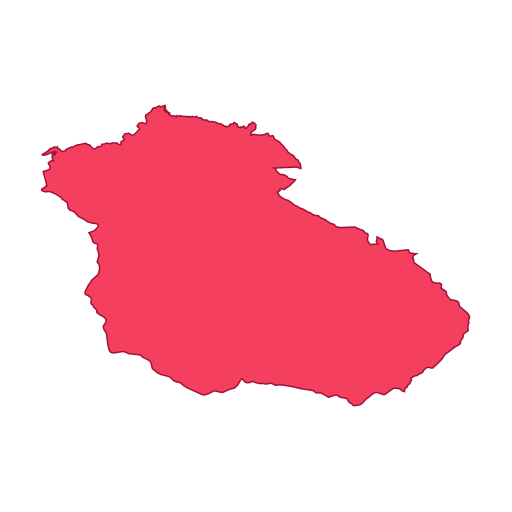 Ambato, Tungurahua, Ecuador (Equal Earth projection), rotated 260°
{"feature_id": "8360857B61692882319499", "entity_name": "Ambato", "entity_type": "district", "adm_level": 2, "iso_a3": "ECU", "parent_name": "Ecuador", "parent_adm1": "Tungurahua", "projection": "equal_earth", "projection_center": [-78.682, -1.291], "detail": "fine", "context": "isolated", "style": "filled", "palette": "rose", "viewbox_px": 512, "rotation_deg": 260, "n_neighbors": 0, "source": "geoboundaries", "source_scale": "gbopen_adm2", "svg_char_len": 6053}
<svg xmlns="http://www.w3.org/2000/svg" viewBox="0 0 512 512"><g transform="rotate(260 256 256)"><path d="M396.7,70.8L396.3,71.0L393.7,65.0L393.5,63.7L392.7,63.1L392.2,63.6L392.1,66.8L393.8,75.3L393.4,76.8L392.8,77.3L391.7,73.1L391.4,73.1L391.1,75.9L390.7,75.6L390.4,73.5L389.8,72.5L387.1,72.4L385.1,73.2L385.3,70.8L383.9,67.8L383.1,67.6L379.9,68.8L377.9,68.0L376.9,66.9L376.1,61.1L362.3,62.3L361.5,61.3L361.2,61.8L360.8,61.4L359.3,56.9L358.4,56.3L357.7,56.4L355.9,59.2L355.3,64.1L351.9,69.4L347.5,74.2L345.2,75.3L344.3,76.7L342.6,78.0L341.8,79.4L335.4,79.4L333.3,80.8L332.7,82.4L330.7,85.0L326.0,87.8L322.0,93.0L319.1,95.9L317.1,99.7L315.5,104.6L314.4,105.7L313.4,106.0L312.7,105.9L311.1,104.2L308.9,101.0L307.9,95.5L303.1,97.3L298.2,97.9L296.8,98.9L295.7,101.4L294.8,102.1L290.1,100.8L288.3,101.4L283.4,101.4L278.0,98.6L277.0,98.7L274.7,100.1L271.1,99.9L267.8,98.7L265.4,97.5L260.3,89.5L258.6,88.3L256.8,86.2L250.7,81.6L249.0,81.1L247.3,81.7L246.4,83.9L245.5,84.2L244.5,85.6L242.6,86.6L238.4,85.3L237.1,85.6L235.9,86.9L234.1,87.2L230.3,89.8L228.0,89.4L224.9,92.4L222.2,95.8L218.9,97.6L216.0,95.9L213.2,93.2L209.8,93.6L205.8,95.3L194.2,94.7L189.5,95.0L187.3,95.6L186.0,96.7L185.2,99.3L185.1,107.9L184.3,110.3L181.9,113.8L178.8,124.5L175.5,127.5L172.4,131.9L170.5,133.5L169.0,134.0L163.1,134.4L157.9,138.8L155.9,141.7L152.4,149.3L151.5,150.4L147.3,153.5L145.8,155.9L144.3,159.6L141.4,161.8L138.3,165.1L128.7,179.1L128.3,180.6L128.2,182.8L128.8,185.8L130.4,191.0L130.1,192.7L127.8,198.0L127.5,199.9L129.4,207.2L129.7,211.8L132.0,215.4L137.1,219.8L137.7,221.0L134.7,222.6L132.9,224.5L132.5,227.3L133.1,231.2L132.0,232.6L129.9,236.8L129.1,241.4L128.5,242.4L128.1,244.4L128.1,248.9L125.3,252.7L125.0,257.4L123.8,261.4L120.5,270.5L118.0,275.9L113.7,288.5L110.6,291.7L110.1,296.0L104.3,303.0L105.3,309.5L104.9,311.7L102.2,314.5L100.1,320.2L99.1,321.1L96.2,321.9L93.9,324.4L92.1,325.7L91.5,326.8L91.4,330.6L91.7,333.5L93.0,335.8L95.8,339.3L97.9,343.6L99.8,346.6L100.8,349.7L100.6,351.5L97.3,357.6L97.2,358.8L101.6,367.8L101.8,369.6L100.4,374.2L97.4,377.1L96.6,378.7L98.7,379.1L100.1,380.7L100.7,382.1L102.4,383.0L103.6,385.3L107.3,387.7L108.6,387.4L109.2,387.8L110.4,391.9L110.3,394.0L111.4,395.9L112.0,398.9L112.8,400.1L114.5,401.4L116.3,404.3L116.4,406.7L115.1,409.5L115.2,411.5L115.8,411.4L117.2,414.2L122.0,421.0L126.0,424.7L131.6,435.7L133.8,441.5L134.6,442.2L136.5,442.6L140.0,445.8L142.5,446.3L143.4,447.4L145.8,452.1L148.4,452.1L151.2,452.9L153.6,454.2L155.5,453.9L158.4,455.7L159.9,455.7L162.5,454.7L171.0,447.7L174.9,447.5L175.9,447.0L177.4,444.9L179.2,440.1L180.6,438.9L184.3,437.1L188.1,437.0L192.2,432.7L195.2,433.7L196.2,433.6L197.4,432.2L198.0,428.7L199.6,425.5L201.1,424.6L205.3,424.1L207.7,424.4L221.9,410.6L224.0,410.3L225.6,410.7L227.0,409.8L229.3,411.4L230.3,414.4L232.2,407.8L235.7,407.1L236.5,395.0L237.0,392.2L238.4,388.1L240.6,385.4L241.4,385.0L249.5,383.8L250.6,383.1L252.5,380.0L253.7,378.7L253.7,378.3L252.4,378.4L249.6,377.0L246.8,378.1L247.3,370.8L248.3,370.0L252.0,368.5L254.7,369.0L256.3,369.9L258.6,369.9L259.7,367.6L262.1,366.3L263.0,365.3L264.7,362.1L267.4,358.4L269.4,343.7L270.7,340.4L271.9,339.3L273.6,338.4L274.7,335.9L276.4,333.7L277.6,332.6L278.1,331.6L279.2,331.1L283.0,325.7L284.9,324.4L285.5,321.8L286.9,319.2L289.2,316.8L290.6,314.4L293.9,310.5L296.3,306.7L297.6,305.5L299.6,302.4L301.9,300.7L305.3,297.2L306.2,295.1L308.0,292.6L311.1,289.6L314.2,288.6L315.0,287.9L316.4,291.2L317.4,290.7L318.2,291.6L316.6,295.3L319.6,301.7L323.5,307.3L324.4,308.1L324.6,306.7L325.8,304.1L326.2,302.7L327.1,301.3L329.0,300.3L331.1,297.8L332.1,294.3L332.8,293.4L336.1,290.8L338.4,290.5L339.5,289.1L336.6,311.2L334.3,315.3L337.2,315.7L339.5,315.5L341.2,314.2L341.9,314.4L343.4,313.8L344.4,312.3L348.7,310.0L349.3,309.4L350.0,307.7L352.0,306.4L352.4,305.6L354.4,305.0L357.9,302.7L359.0,302.4L362.9,299.5L363.9,299.3L367.9,294.5L370.8,293.9L371.7,293.2L371.5,291.9L372.0,289.9L374.7,289.2L374.7,286.8L373.7,285.1L374.2,284.3L374.0,282.6L374.4,280.3L376.2,274.8L375.9,272.3L376.2,271.6L379.2,273.6L380.8,277.1L382.1,278.2L383.0,277.9L385.2,278.8L387.7,277.0L388.1,276.3L388.2,275.0L387.4,274.9L386.7,273.6L387.2,272.6L386.4,271.5L385.4,271.3L385.0,270.3L383.8,269.1L383.6,267.7L383.8,267.3L385.3,267.2L384.9,266.7L386.0,266.0L385.2,264.2L385.7,263.3L385.2,262.8L385.9,261.8L385.9,261.1L386.7,260.8L387.1,260.1L389.1,260.5L389.4,259.7L391.2,257.9L391.2,257.4L390.2,256.7L390.2,253.4L389.5,252.5L388.8,252.7L388.4,252.1L388.3,249.0L389.1,248.7L389.1,247.7L389.7,247.2L389.9,246.4L390.9,246.1L391.3,245.0L391.9,244.9L392.0,244.1L392.6,243.6L393.2,241.0L394.2,240.6L394.6,239.4L395.0,239.1L396.3,235.0L396.4,233.3L396.9,232.5L398.1,231.9L398.9,229.5L398.8,228.6L399.4,227.1L400.8,226.8L401.0,225.9L401.7,225.5L402.1,223.1L403.8,221.7L403.5,220.5L403.9,218.3L404.6,217.5L404.3,215.3L404.9,214.8L404.6,213.8L405.0,213.6L404.9,212.8L405.4,212.3L406.2,208.5L407.2,205.8L407.0,204.8L407.5,204.5L407.1,203.5L407.2,202.6L407.8,202.3L407.0,201.8L407.2,200.7L408.0,200.5L408.9,196.3L410.2,196.0L410.6,194.7L412.0,195.6L412.7,193.9L413.4,194.2L413.9,193.6L413.6,192.5L414.9,193.0L414.9,192.4L414.3,191.8L414.9,191.3L415.3,192.7L416.0,192.5L416.6,191.1L417.4,192.2L418.3,191.5L418.4,192.7L420.1,192.6L419.4,188.2L420.5,187.1L420.6,186.5L419.3,182.7L419.7,180.7L416.2,177.1L413.9,172.0L412.5,171.3L407.8,171.9L405.9,170.9L405.6,170.2L405.8,169.5L407.2,166.8L406.9,163.7L404.7,161.5L404.1,161.6L402.6,163.1L401.4,163.3L397.0,157.8L396.4,155.4L396.5,154.7L399.0,152.0L398.9,147.6L397.5,146.8L397.1,145.8L396.4,145.4L393.5,146.7L391.9,142.8L389.3,142.4L389.4,141.1L389.8,139.9L391.3,138.9L391.6,138.2L392.3,134.1L391.9,131.9L393.1,128.6L392.6,125.8L392.8,123.6L391.0,122.8L390.8,121.1L391.2,119.3L389.5,116.6L389.8,114.8L390.7,113.5L394.2,111.5L394.9,109.6L396.4,108.2L396.6,107.6L396.3,101.2L396.5,100.0L395.8,96.3L395.1,95.0L395.3,92.9L394.0,87.7L392.8,86.4L392.5,84.9L392.7,83.5L393.5,82.0L395.4,81.1L396.5,79.3L398.0,79.4L397.7,78.2L398.3,76.7L398.3,75.4L397.3,74.6L397.6,72.4L396.7,70.8Z" fill="#f43f5e" stroke="#9f1239" stroke-width="1.5"/></g></svg>